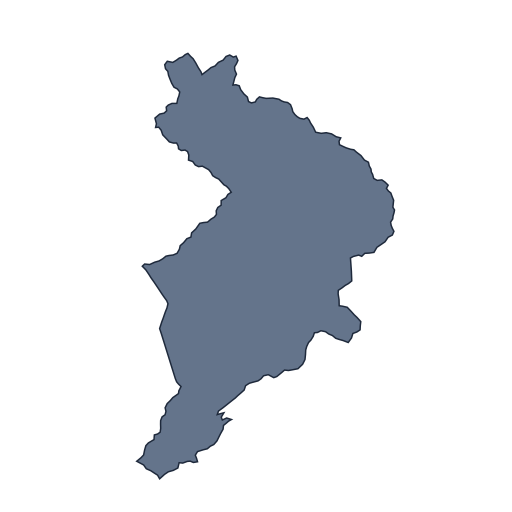 the district of Taubaté, São Paulo, Brazil, rotated 263°
{"feature_id": "56859067B10359153481242", "entity_name": "Taubaté", "entity_type": "district", "adm_level": 2, "iso_a3": "BRA", "parent_name": "Brazil", "parent_adm1": "São Paulo", "projection": "mercator", "projection_center": [-45.499, -23.087], "detail": "fine", "context": "isolated", "style": "filled", "palette": "slate", "viewbox_px": 512, "rotation_deg": 263, "n_neighbors": 0, "source": "geoboundaries", "source_scale": "gbopen_adm2", "svg_char_len": 4063}
<svg xmlns="http://www.w3.org/2000/svg" viewBox="0 0 512 512"><g transform="rotate(263 256 256)"><path d="M158.9,337.0L163.0,340.8L167.3,342.7L168.3,346.9L170.0,350.3L174.0,351.0L178.1,352.0L182.8,348.7L185.8,346.2L189.4,343.7L194.0,340.3L195.6,335.8L196.5,332.5L202.5,333.1L208.4,332.9L211.9,333.5L214.0,337.7L215.9,340.9L217.4,344.5L219.6,348.0L229.1,348.8L242.5,349.5L243.7,352.6L244.4,358.0L242.8,360.9L245.4,364.3L245.1,368.8L245.2,373.5L249.9,377.1L252.3,381.8L254.4,385.8L258.5,389.4L260.2,393.9L263.7,395.9L266.8,394.7L269.8,393.9L273.2,393.7L276.1,396.2L279.0,396.9L282.0,398.2L284.8,399.1L287.7,397.8L291.1,398.6L294.5,399.4L299.0,398.2L302.1,397.5L304.4,395.3L307.2,393.7L310.2,395.8L313.6,393.1L316.2,390.2L316.3,385.5L318.6,382.3L322.7,381.7L325.4,380.7L328.3,380.7L331.5,379.4L335.4,379.0L338.0,375.3L342.9,372.4L346.9,368.3L349.5,366.1L350.4,362.9L352.4,358.6L354.3,355.5L356.3,352.4L359.8,352.4L362.9,354.5L364.6,350.1L368.0,345.9L369.8,340.8L369.8,335.7L371.6,330.3L376.8,328.6L381.5,326.3L384.3,325.4L387.2,323.6L386.0,320.3L387.3,316.3L389.3,313.8L391.7,311.8L394.8,310.1L397.8,309.8L402.0,308.7L404.5,306.1L405.5,302.7L406.9,300.1L408.8,297.9L410.7,292.0L411.2,285.3L412.2,282.2L413.5,278.8L411.4,275.8L409.0,274.1L408.5,270.1L410.2,267.4L414.8,266.8L418.4,263.7L422.9,261.1L427.0,260.1L428.4,257.0L428.5,253.9L431.5,255.1L435.6,256.7L438.9,258.8L443.1,257.6L446.4,257.8L449.3,260.1L452.3,261.9L456.8,260.6L456.2,257.7L458.7,254.4L457.7,250.6L454.4,247.2L452.8,242.3L449.6,238.5L448.5,234.3L446.5,231.2L444.2,227.2L442.6,224.5L445.6,223.8L449.9,221.7L455.0,219.7L459.5,217.6L462.1,215.4L465.4,213.1L464.5,210.3L462.5,207.3L461.8,203.9L460.1,201.0L458.3,197.0L460.1,191.7L457.0,188.7L452.9,189.0L450.0,191.0L446.1,191.2L442.4,192.1L437.7,193.4L433.5,195.2L431.4,198.3L428.1,200.3L424.3,199.0L421.5,197.5L417.1,196.0L417.7,191.2L416.5,187.3L414.7,185.0L411.0,185.0L409.0,182.2L408.6,177.7L405.2,172.5L399.4,173.3L395.8,172.0L395.7,175.1L392.4,177.2L387.6,178.2L382.8,181.8L379.8,183.9L378.2,187.7L377.8,191.0L374.7,192.2L371.8,192.2L369.8,194.7L369.8,198.5L368.0,200.8L364.4,201.6L359.4,200.7L357.5,204.7L353.7,206.8L351.7,209.9L351.7,213.7L347.5,219.5L344.4,221.5L341.0,222.8L338.8,225.4L336.9,228.4L330.6,232.8L328.9,235.1L326.2,237.2L322.3,239.2L320.5,235.6L317.5,233.3L315.3,228.2L310.7,227.6L308.8,224.0L305.7,222.0L302.1,221.8L299.7,219.4L298.0,215.7L295.5,212.0L295.6,208.1L295.3,204.2L290.2,199.6L286.8,194.9L282.7,193.7L281.6,189.5L278.0,185.7L275.5,182.0L272.1,180.8L268.3,178.0L267.1,173.9L267.1,169.8L266.8,166.6L264.6,163.1L262.9,159.2L262.2,154.7L260.5,149.4L261.6,144.5L259.7,141.9L255.6,145.0L250.5,147.6L247.2,149.1L242.4,151.7L235.5,155.2L230.0,157.9L226.2,159.9L222.6,161.9L219.4,162.8L215.3,161.3L211.9,159.4L208.7,157.8L205.6,156.3L201.8,154.3L195.7,151.5L190.3,152.6L144.1,161.0L140.8,161.9L138.3,163.5L135.6,165.7L131.6,163.0L128.9,162.3L127.5,159.8L125.6,156.2L123.0,153.4L120.4,149.9L116.4,147.3L112.8,147.7L109.5,146.4L107.8,143.2L104.3,141.3L100.8,140.8L96.5,140.4L92.8,139.4L91.3,136.6L90.8,133.3L86.2,132.4L83.6,126.4L81.2,123.6L77.0,121.8L72.2,120.2L69.8,117.3L66.8,112.6L62.3,119.0L58.2,121.2L55.7,125.4L52.7,128.9L50.5,131.6L46.6,133.2L50.4,138.6L52.5,142.7L53.3,147.8L55.1,152.6L60.2,154.5L59.4,158.1L60.5,162.7L60.4,165.7L58.7,168.7L58.9,172.9L62.6,172.3L65.7,171.5L69.0,174.1L70.1,180.1L70.6,184.2L72.8,187.5L74.0,191.1L77.2,194.7L81.5,197.5L83.9,199.1L88.1,202.2L91.8,203.1L93.5,205.8L95.4,208.6L96.7,211.7L98.8,207.1L97.3,202.6L100.3,201.9L104.3,205.0L103.9,201.9L103.3,198.2L106.7,199.9L109.5,204.9L115.7,215.0L117.6,218.2L119.5,220.7L122.1,224.6L124.4,227.9L128.6,229.9L130.5,233.9L131.0,237.0L131.8,242.8L133.5,246.0L136.2,248.9L136.7,253.7L133.1,258.8L133.8,261.9L137.2,267.3L139.3,270.4L138.4,274.3L138.6,278.1L139.0,283.9L142.9,289.1L147.3,292.0L152.1,293.1L156.7,293.9L160.0,295.3L163.7,297.6L165.8,300.2L169.3,303.0L172.7,304.6L172.6,307.7L173.9,311.3L172.4,315.8L169.7,318.7L167.8,322.1L164.6,325.1L163.0,328.5L161.5,332.1L158.9,337.0Z" fill="#64748b" stroke="#1e293b" stroke-width="1.5"/></g></svg>